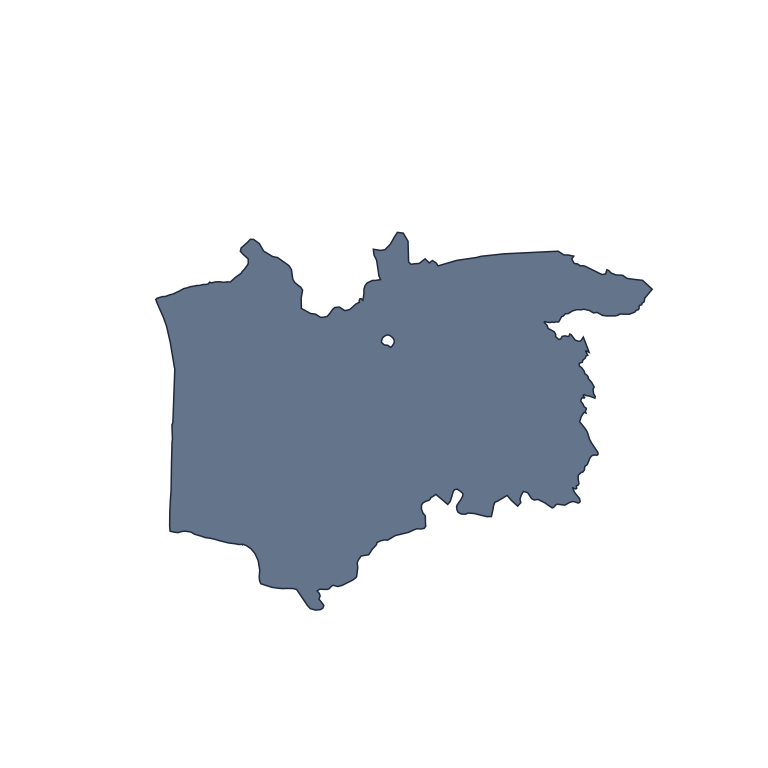 outline of Djugu, Orientale, Democratic Republic of the Congo, rotated 134°
{"feature_id": "63176286B65133649587609", "entity_name": "Djugu", "entity_type": "district", "adm_level": 2, "iso_a3": "COD", "parent_name": "Democratic Republic of the Congo", "parent_adm1": "Orientale", "projection": "natural_earth1", "projection_center": [30.241, 1.883], "detail": "fine", "context": "isolated", "style": "filled", "palette": "slate", "viewbox_px": 768, "rotation_deg": 134, "n_neighbors": 0, "source": "geoboundaries", "source_scale": "gbopen_adm2", "svg_char_len": 5560}
<svg xmlns="http://www.w3.org/2000/svg" viewBox="0 0 768 768"><g transform="rotate(134 384 384)"><path d="M366.9,548.3L369.6,552.4L372.0,562.8L369.6,571.3L370.6,578.3L372.8,580.7L377.0,580.6L385.3,581.3L388.3,579.6L388.6,575.5L388.4,568.5L392.0,565.1L398.4,564.1L401.7,564.1L403.9,563.7L410.8,565.0L417.5,565.4L419.3,567.6L422.1,569.8L424.4,573.0L427.7,576.2L431.2,578.4L431.8,580.2L434.4,580.0L436.7,581.8L438.0,583.2L439.5,584.1L441.5,585.4L443.3,587.2L445.1,588.3L448.3,590.8L451.3,592.3L454.7,594.4L459.0,595.7L461.6,596.7L466.2,598.4L468.0,599.7L473.1,602.2L475.0,604.1L479.8,606.8L481.7,606.9L483.6,603.0L489.2,589.2L493.4,580.7L502.6,566.6L517.8,546.1L518.1,545.3L553.8,513.2L558.5,509.0L560.7,508.2L570.4,498.1L573.6,495.6L589.5,481.0L608.6,463.1L616.2,456.8L625.6,448.5L635.3,439.3L638.5,435.6L636.3,431.9L634.1,429.0L630.3,426.8L628.1,424.9L624.6,420.1L623.7,416.0L620.2,409.3L618.6,405.8L615.6,401.7L613.4,398.2L611.2,393.8L608.2,388.7L606.6,385.8L601.9,379.5L600.3,376.9L597.5,374.3L597.6,374.2L597.4,374.2L595.8,370.6L594.9,364.9L595.3,361.8L595.6,359.1L598.4,351.9L604.2,344.1L609.5,339.7L611.8,337.1L613.3,333.9L608.2,323.5L604.3,318.1L601.7,314.9L598.8,312.1L594.6,307.7L592.5,304.2L594.8,293.3L595.3,291.0L596.5,285.2L596.8,281.0L594.2,276.2L590.5,273.0L587.9,272.3L585.1,273.4L584.2,278.6L584.0,281.3L580.8,282.7L579.5,285.2L579.3,288.3L576.3,287.7L571.4,282.3L569.4,281.2L565.8,281.3L564.0,280.6L561.8,276.6L558.2,274.3L546.7,270.3L543.3,269.7L541.7,269.8L534.2,275.4L531.4,278.9L528.7,280.1L523.7,281.0L517.5,276.4L511.2,277.6L504.8,277.8L502.8,278.9L498.8,277.3L495.8,275.3L493.8,272.9L485.2,270.6L473.5,263.2L469.0,261.5L465.4,259.9L462.8,256.9L460.0,254.8L457.4,255.1L454.8,258.0L450.2,262.6L449.7,266.5L447.9,270.3L444.9,273.0L442.5,273.3L439.5,272.6L436.6,270.9L434.8,270.8L433.2,271.3L428.8,270.2L427.4,270.0L426.6,259.0L426.4,254.5L422.4,254.8L415.8,258.1L413.7,259.4L411.1,259.9L408.8,258.3L408.1,254.4L407.9,252.1L408.4,250.6L409.6,249.7L413.3,248.5L420.4,247.3L422.0,246.4L424.1,243.7L424.8,241.4L423.9,238.1L420.9,234.8L418.6,234.1L414.4,229.0L413.9,228.1L408.0,217.9L404.8,214.7L399.1,218.1L395.2,220.8L391.8,222.1L389.4,220.9L378.6,218.0L379.3,211.2L379.2,210.4L379.1,206.5L379.0,203.0L374.3,203.2L372.4,206.1L368.6,208.1L366.2,208.7L364.4,209.0L362.4,205.2L363.2,201.6L363.9,198.2L363.1,195.3L360.1,193.1L357.8,185.8L356.3,176.9L354.8,176.3L351.8,176.4L351.2,176.4L350.1,175.9L345.5,169.7L340.2,168.2L337.6,166.8L336.1,164.7L334.9,161.8L333.7,161.1L332.2,161.3L330.6,163.7L329.6,171.9L327.6,176.0L326.3,173.1L325.2,172.9L323.6,174.8L323.3,174.7L321.8,174.1L320.3,174.5L317.2,178.7L314.5,180.9L310.7,180.7L309.2,179.8L306.7,180.1L303.8,182.3L300.8,181.8L294.0,184.5L291.4,184.7L289.4,183.8L287.3,181.3L286.0,181.1L284.7,182.4L282.3,193.5L280.9,197.9L277.4,204.2L276.4,207.9L275.2,217.0L270.4,219.5L265.4,220.4L264.6,218.5L263.5,220.4L261.5,221.0L260.9,221.8L261.3,224.3L260.6,225.9L260.2,226.9L259.7,230.4L259.0,231.2L256.4,232.0L255.0,230.2L254.7,230.3L254.3,230.4L254.4,232.1L253.4,232.9L253.1,232.8L252.5,232.6L252.4,231.3L249.9,227.7L247.7,222.5L246.2,223.4L245.5,226.3L242.6,230.0L240.6,230.6L240.1,230.8L238.6,235.8L238.2,240.5L237.0,242.3L236.7,244.3L237.1,246.5L235.6,249.3L235.0,253.0L235.3,255.7L234.5,257.2L233.1,257.9L230.7,256.4L228.7,257.5L225.6,257.2L223.5,258.1L221.8,257.4L220.3,261.8L219.7,261.7L219.0,259.2L218.7,258.4L211.8,273.2L212.4,273.1L215.4,272.5L216.9,272.7L218.2,273.8L219.6,277.0L218.5,283.7L218.8,284.5L219.0,285.1L220.0,284.6L221.0,284.2L222.0,284.6L223.5,287.1L225.9,288.9L228.1,288.4L229.0,288.2L230.6,289.3L230.7,293.5L230.3,293.8L229.0,295.0L228.2,298.0L230.0,304.6L228.5,307.5L228.3,311.6L227.6,311.8L225.3,308.4L224.3,307.0L222.9,306.5L221.6,304.4L220.4,303.9L218.0,301.5L216.7,301.8L212.3,303.0L210.6,302.2L207.6,302.4L206.3,301.2L205.4,300.4L200.6,299.2L196.4,296.8L193.7,293.7L191.4,292.2L188.4,287.2L187.4,282.8L184.4,280.3L183.4,276.4L183.0,274.7L180.6,271.4L174.4,265.0L172.1,263.5L169.7,262.8L163.4,256.0L158.2,253.6L155.6,253.7L153.7,252.6L152.5,253.0L150.3,254.9L148.0,253.7L147.4,254.0L146.8,254.4L146.7,254.4L146.6,254.5L144.0,254.0L143.2,254.6L141.3,256.0L129.5,256.9L129.8,270.0L134.5,276.1L139.3,282.7L139.9,287.7L144.4,292.9L146.4,297.7L146.3,301.2L147.0,303.0L150.8,301.1L151.4,301.5L153.8,303.1L159.6,321.2L160.4,322.8L162.5,324.6L163.2,328.2L164.6,330.2L165.1,331.0L163.7,335.8L160.2,336.3L163.2,341.0L166.2,344.2L167.5,351.0L193.8,375.7L207.2,388.3L216.6,396.1L224.6,402.8L229.1,405.6L243.8,417.0L245.9,418.4L249.2,420.2L261.5,427.2L260.7,430.4L261.5,434.9L265.4,435.5L265.4,441.4L272.8,442.4L276.1,445.4L279.1,447.7L279.1,451.1L264.6,465.9L262.1,475.0L265.6,479.7L270.9,478.7L278.7,476.6L286.7,476.6L290.3,479.3L294.5,485.3L298.1,480.9L300.1,475.3L309.7,462.8L311.3,459.0L315.3,462.0L317.5,464.3L323.0,466.3L326.3,466.0L329.7,464.3L333.0,461.2L338.4,457.3L338.5,459.7L339.3,460.5L341.0,459.9L342.4,458.5L344.7,459.3L346.0,459.8L350.7,460.1L354.3,460.4L356.0,461.5L358.4,463.1L359.7,469.6L363.1,472.5L366.1,472.8L370.3,472.1L374.7,471.8L378.3,474.1L380.2,476.1L381.3,481.8L384.3,485.8L387.0,495.9L379.7,503.3L373.1,507.7L372.2,511.1L372.7,514.5L373.0,518.5L372.1,522.2L366.0,530.0L364.9,534.7L366.9,548.1L366.9,548.3ZM350.2,417.0L348.4,416.6L346.7,415.9L345.6,414.7L345.1,413.4L344.8,412.0L344.7,409.8L345.1,408.0L345.7,406.8L346.7,405.8L347.8,405.2L349.5,404.8L351.0,404.5L352.8,404.6L353.2,404.7L353.1,405.4L353.5,408.1L355.7,411.0L355.8,414.3L355.8,414.6L354.9,415.6L353.7,416.2L352.1,417.0L350.2,417.0Z" fill="#64748b" stroke="#1e293b" stroke-width="1.5"/></g></svg>